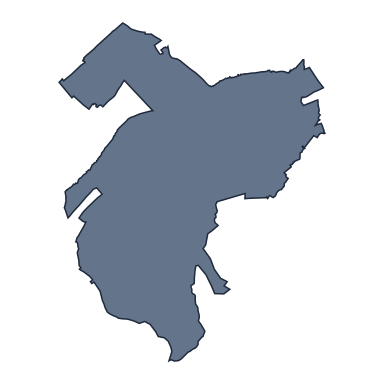 the district of Suplacu De Barcau, Bihor, Romania
{"feature_id": "2599482B91018668857272", "entity_name": "Suplacu De Barcau", "entity_type": "district", "adm_level": 2, "iso_a3": "ROU", "parent_name": "Romania", "parent_adm1": "Bihor", "projection": "orthographic", "projection_center": [22.507, 47.235], "detail": "fine", "context": "isolated", "style": "filled", "palette": "slate", "viewbox_px": 384, "rotation_deg": 0, "n_neighbors": 0, "source": "geoboundaries", "source_scale": "gbopen_adm2", "svg_char_len": 5830}
<svg xmlns="http://www.w3.org/2000/svg" viewBox="0 0 384 384"><path d="M169.0,360.8L170.0,360.2L171.1,359.9L172.2,360.1L174.1,361.0L177.3,360.8L178.8,360.5L181.3,358.9L188.3,351.9L189.1,351.8L190.2,351.2L192.4,349.4L195.2,348.1L196.9,346.4L197.7,345.0L198.1,344.2L198.0,341.9L198.3,341.3L201.5,337.5L203.2,336.2L203.5,334.6L204.6,332.2L204.8,331.0L200.6,323.9L199.1,322.0L198.4,320.5L199.2,317.8L199.2,315.5L198.0,310.2L197.8,307.6L196.8,305.7L195.8,304.4L195.6,303.8L195.2,300.3L195.3,296.3L195.1,295.5L194.7,294.7L192.6,293.6L191.9,292.5L191.7,291.6L191.9,289.9L191.7,288.9L191.1,287.5L190.9,286.6L191.2,285.6L194.2,283.5L194.4,277.4L195.1,270.0L195.9,265.9L198.2,265.3L206.0,274.8L211.4,285.8L214.7,293.6L223.8,293.9L229.8,289.3L224.1,285.9L227.2,281.7L220.6,278.3L214.4,269.4L210.4,258.8L203.1,248.6L205.7,244.9L207.8,233.7L211.6,231.0L218.1,225.5L217.3,224.6L215.3,223.0L214.9,222.4L214.5,220.2L214.5,218.8L216.0,217.4L215.8,215.4L215.2,214.1L216.7,212.8L217.3,210.9L216.6,208.8L215.8,205.5L215.8,203.9L216.6,203.0L217.1,201.7L245.1,193.5L244.9,198.7L249.4,198.3L265.6,197.7L266.7,196.9L267.1,198.1L267.5,198.6L268.0,198.1L269.3,195.9L269.8,195.6L270.4,195.7L271.7,196.9L273.2,197.6L275.3,196.0L275.8,195.1L276.6,193.1L277.6,191.5L279.9,189.8L281.4,189.6L283.2,187.2L284.0,186.6L284.3,185.4L284.2,183.8L284.4,183.2L285.5,182.3L288.2,178.4L286.8,177.5L286.2,176.8L285.6,175.6L286.3,174.8L284.1,172.7L291.2,166.9L291.2,166.5L290.8,165.9L290.1,165.3L290.2,165.0L291.0,164.5L292.0,164.5L292.3,164.3L293.1,163.4L293.3,163.0L293.2,162.2L294.4,162.0L294.9,161.1L295.6,161.0L296.9,160.3L299.6,159.2L300.0,158.2L299.9,157.3L300.1,156.6L300.0,155.4L300.2,152.8L301.5,152.3L302.1,151.8L302.3,150.8L303.3,149.3L304.5,148.5L303.5,148.2L302.2,146.7L302.7,146.1L304.4,147.7L313.8,135.6L317.2,137.6L318.9,134.8L320.3,133.5L322.0,133.1L323.9,133.6L324.9,133.4L324.5,132.4L324.1,132.2L323.8,131.5L324.1,131.0L322.3,125.8L321.2,123.4L316.7,124.7L315.5,125.3L316.2,124.0L316.8,123.4L317.9,121.4L317.8,121.2L319.5,120.4L319.8,119.9L319.8,119.6L318.9,119.4L318.5,118.9L318.7,116.7L320.2,115.0L319.4,114.3L318.5,113.0L318.7,112.0L319.1,111.4L319.0,111.0L319.2,109.9L319.0,109.3L317.9,103.8L318.1,101.8L317.7,99.9L303.5,105.5L301.0,101.8L301.1,100.4L301.5,98.8L301.6,97.4L303.2,97.2L303.3,97.5L306.4,96.8L310.7,94.2L313.9,92.0L317.1,90.8L323.4,87.8L323.4,87.4L323.1,87.3L319.6,82.8L317.0,79.2L309.4,67.5L304.3,69.5L304.2,68.9L304.4,66.5L303.8,65.3L303.9,62.3L303.8,59.8L302.9,59.7L301.0,62.2L297.4,66.1L296.1,67.9L294.0,68.6L292.9,69.6L291.1,70.3L290.6,71.3L290.1,71.4L290.0,70.9L289.1,72.9L288.1,72.4L287.0,72.8L284.8,71.7L283.4,71.5L280.4,71.4L275.7,72.3L274.2,71.4L272.0,71.2L271.8,71.4L271.8,72.0L271.0,72.1L270.3,71.8L269.6,70.3L268.9,70.3L268.0,70.5L266.5,71.5L261.1,71.9L255.4,72.9L251.5,73.1L246.4,73.9L244.4,73.9L241.7,74.5L240.8,74.3L240.4,75.3L240.1,75.4L239.2,75.3L238.1,74.6L237.9,74.8L238.3,75.5L238.1,76.0L234.7,77.0L233.7,77.6L232.9,77.3L231.7,77.8L230.8,77.3L230.4,77.7L230.2,77.6L230.1,77.1L229.7,76.9L229.6,77.3L229.7,77.6L227.8,78.0L227.0,78.6L225.6,78.3L224.5,79.3L223.4,79.7L222.1,80.5L219.8,81.0L219.0,82.2L216.2,83.9L215.3,84.8L213.6,85.7L213.1,86.3L212.5,86.0L211.2,86.7L210.3,86.0L209.8,86.2L208.8,85.6L206.9,83.9L203.6,80.2L201.1,77.7L195.5,72.7L190.4,69.1L180.5,61.0L177.4,59.0L172.7,58.1L171.8,57.7L170.6,56.3L169.9,55.2L169.4,54.0L167.9,46.5L167.4,47.4L166.4,47.9L165.6,47.1L164.0,47.6L161.0,50.0L162.9,52.7L163.0,53.4L160.6,54.3L159.8,54.0L156.7,49.6L154.4,45.3L161.2,40.5L159.8,39.4L154.9,36.6L151.3,34.1L148.3,34.2L145.1,33.9L145.0,32.3L142.9,32.2L137.8,31.2L132.0,29.4L130.5,28.6L128.4,26.7L125.2,24.4L122.7,23.0L114.1,30.6L113.8,30.5L112.2,31.8L110.9,33.3L96.7,46.1L94.0,49.0L87.0,54.9L83.8,58.0L83.7,58.2L84.0,59.1L84.0,59.4L82.8,60.4L82.8,60.7L83.1,61.1L84.0,61.3L85.1,62.2L85.0,62.6L81.2,65.1L71.2,74.6L63.7,80.7L62.3,78.9L61.7,79.5L61.8,79.7L59.1,82.3L71.9,97.8L73.7,96.1L83.5,105.0L89.0,109.2L91.3,105.8L92.9,103.9L93.6,104.5L94.6,103.5L96.4,104.6L96.7,105.0L96.0,105.6L95.9,106.2L96.1,106.6L97.0,107.2L97.6,107.1L99.2,105.4L100.2,105.1L100.9,105.1L102.9,106.8L106.9,102.5L109.9,99.7L111.3,98.8L114.3,96.2L115.0,95.3L118.0,89.8L121.0,85.5L122.5,82.9L124.3,80.4L152.8,110.7L150.3,111.1L140.0,113.8L133.6,116.5L130.1,117.7L127.8,119.3L126.6,120.9L119.2,127.9L117.2,130.2L117.1,131.5L115.5,133.3L114.7,135.6L113.7,136.1L113.6,136.8L112.6,139.2L106.1,147.1L105.2,147.7L103.8,150.6L101.5,153.2L101.5,154.5L101.1,155.3L100.3,156.3L99.7,156.5L99.6,156.8L98.3,158.3L97.9,158.9L97.9,159.7L96.7,160.6L96.4,161.9L95.7,162.5L94.7,162.7L94.1,163.2L93.7,163.9L92.2,164.9L91.4,167.1L91.1,167.4L89.9,170.1L88.7,169.9L88.4,170.1L87.8,170.9L86.3,171.9L86.6,172.6L85.7,173.7L83.8,174.6L81.2,177.6L79.5,178.5L78.5,179.8L77.6,183.0L77.0,183.4L75.8,183.1L75.6,183.8L74.5,184.4L73.9,184.1L73.5,184.2L72.7,185.5L71.6,186.7L68.2,188.9L67.0,190.1L66.7,189.9L65.1,191.8L65.8,196.0L66.1,196.6L66.1,197.1L65.8,197.4L66.0,201.5L65.6,202.2L65.6,202.9L65.3,203.8L65.5,204.4L65.3,204.9L64.9,205.6L64.7,207.0L64.3,207.7L65.4,210.1L68.0,217.9L69.7,216.1L72.8,212.2L79.6,204.8L86.5,196.6L91.0,192.0L93.2,189.3L96.7,187.9L102.1,194.1L100.6,195.5L98.0,197.4L88.2,206.8L84.0,211.1L82.0,213.6L79.0,218.1L82.7,221.2L84.8,222.1L85.8,222.1L83.9,226.2L82.3,229.0L78.2,236.2L77.1,237.6L75.8,241.9L76.9,242.2L77.5,243.0L78.0,246.8L78.7,248.7L77.6,251.5L77.3,253.1L78.9,260.7L79.1,265.5L80.9,267.8L79.4,269.2L80.5,270.1L83.5,271.7L89.1,275.9L90.1,276.7L92.6,279.8L90.4,281.7L91.9,283.5L94.1,282.1L99.6,290.5L100.2,291.6L102.5,300.7L104.1,304.3L104.6,306.2L105.8,309.2L106.6,310.4L107.0,311.7L109.3,313.6L114.0,316.0L116.3,316.8L118.4,318.2L122.3,318.8L127.6,319.1L133.7,320.9L139.2,323.4L144.7,321.5L150.2,324.4L156.0,332.2L158.2,336.5L164.4,337.8L168.2,341.2L170.7,346.7L171.9,351.5L169.0,360.8Z" fill="#64748b" stroke="#1e293b" stroke-width="1.5"/></svg>